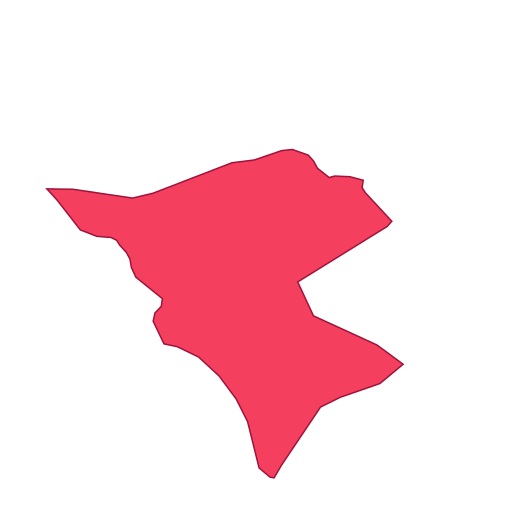 Ulcinj, Equal Earth projection, rotated 141°
{"feature_id": "MNE-1497", "entity_name": "Ulcinj", "entity_type": "Municipality", "adm_level": 1, "iso_a3": "MNE", "parent_name": "Montenegro", "parent_adm1": "", "projection": "equal_earth", "projection_center": [19.282, 41.979], "detail": "fine", "context": "isolated", "style": "filled", "palette": "rose", "viewbox_px": 512, "rotation_deg": 141, "n_neighbors": 0, "source": "natural_earth", "source_scale": "10m", "svg_char_len": 798}
<svg xmlns="http://www.w3.org/2000/svg" viewBox="0 0 512 512"><g transform="rotate(141 256 256)"><path d="M381.6,72.2L384.3,75.4L387.0,89.3L366.8,132.5L361.4,157.3L360.2,185.9L364.2,213.6L374.4,235.3L374.7,235.6L382.8,245.6L377.0,270.0L370.4,275.3L361.3,276.5L355.6,281.8L362.7,315.1L360.1,325.4L355.9,333.0L354.5,340.2L355.1,349.9L354.4,355.9L357.0,361.6L367.3,371.4L376.1,386.8L375.4,424.6L376.3,439.8L356.2,423.0L315.6,378.8L296.8,369.7L216.0,343.6L196.9,331.7L169.8,321.8L160.7,315.9L151.9,301.5L151.5,293.5L153.0,285.5L149.8,271.0L144.5,268.6L133.1,258.5L125.0,247.4L130.5,242.3L131.2,236.2L128.6,197.5L128.9,197.5L135.4,196.4L239.9,209.6L249.0,173.3L218.0,110.7L209.8,79.3L239.9,78.9L279.5,93.2L300.9,98.0L368.1,77.3L381.6,72.2Z" fill="#f43f5e" stroke="#9f1239" stroke-width="1.5"/></g></svg>